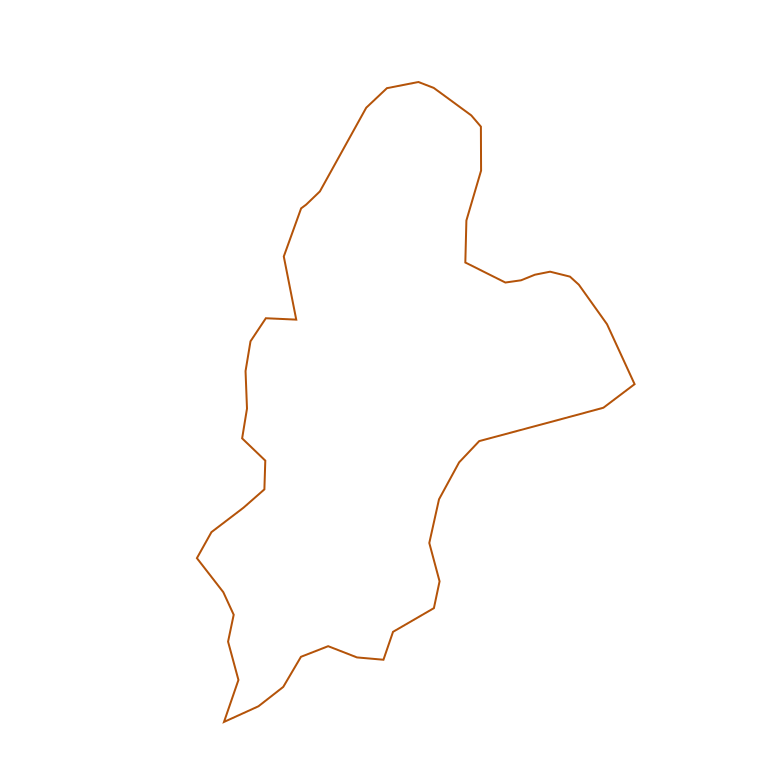 the border of Peć, rotated 75°
{"feature_id": "KOS-5886", "entity_name": "Peć", "entity_type": "District", "adm_level": 1, "iso_a3": "XKX", "parent_name": "Kosovo", "parent_adm1": "", "projection": "orthographic", "projection_center": [20.272, 42.674], "detail": "fine", "context": "isolated", "style": "outline", "palette": "amber", "viewbox_px": 768, "rotation_deg": 75, "n_neighbors": 0, "source": "natural_earth", "source_scale": "10m", "svg_char_len": 836}
<svg xmlns="http://www.w3.org/2000/svg" viewBox="0 0 768 768"><g transform="rotate(75 384 384)"><path d="M287.7,274.0L317.4,240.5L319.3,224.8L317.5,210.0L318.5,194.5L328.4,176.6L338.5,170.1L384.0,153.1L449.0,142.0L463.7,178.2L463.8,219.7L463.8,265.3L463.8,306.8L479.1,331.7L509.6,360.7L549.3,381.4L589.0,381.4L613.4,393.8L625.7,439.4L650.2,455.9L641.1,480.9L622.8,505.8L626.0,534.8L650.5,559.7L662.8,588.7L669.0,626.0L632.2,601.2L592.5,601.3L568.0,588.9L543.5,593.1L503.8,609.8L482.4,589.0L467.1,551.7L454.8,526.8L427.3,518.5L399.8,535.1L372.3,522.7L335.7,514.4L308.2,501.9L289.9,481.1L299.1,452.1L234.9,447.8L192.9,418.6L190.6,412.8L181.4,396.1L113.5,330.6L112.5,329.6L99.0,304.6L101.2,272.6L110.9,259.3L135.9,239.2L147.1,230.2L160.5,223.8L203.0,235.0L247.4,262.1L287.7,274.0Z" fill="none" stroke="#b45309" stroke-width="2"/></g></svg>